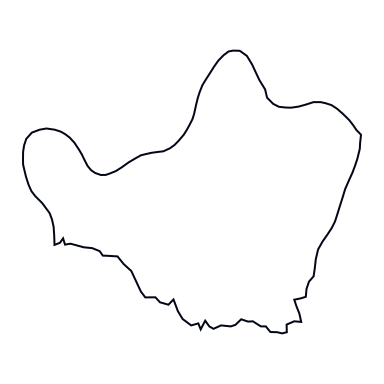 the district of Vicente Dutra, Rio Grande do Sul, Brazil
{"feature_id": "56859067B48112165270880", "entity_name": "Vicente Dutra", "entity_type": "district", "adm_level": 2, "iso_a3": "BRA", "parent_name": "Brazil", "parent_adm1": "Rio Grande do Sul", "projection": "natural_earth1", "projection_center": [-53.396, -27.166], "detail": "fine", "context": "isolated", "style": "outline", "palette": "ink", "viewbox_px": 384, "rotation_deg": 0, "n_neighbors": 0, "source": "geoboundaries", "source_scale": "gbopen_adm2", "svg_char_len": 1895}
<svg xmlns="http://www.w3.org/2000/svg" viewBox="0 0 384 384"><path d="M265.1,89.4L259.4,80.1L255.5,71.8L252.1,64.5L246.9,55.9L239.8,50.8L233.1,50.6L228.5,51.5L223.6,55.2L218.5,60.4L214.3,66.3L208.9,74.8L206.0,79.3L202.4,85.2L199.7,92.0L197.8,97.9L195.9,105.7L194.1,114.0L192.4,119.3L189.7,124.6L186.8,129.9L183.8,134.7L178.4,141.0L174.5,145.0L169.9,148.3L163.4,151.3L158.2,151.9L151.5,152.8L141.1,155.2L135.0,158.6L128.6,162.4L121.8,167.3L115.8,171.1L110.1,173.4L105.8,174.9L100.9,175.0L95.2,173.0L91.1,170.2L87.7,166.1L84.9,160.8L82.0,154.8L79.4,150.3L74.4,142.7L69.7,137.6L65.1,134.1L60.9,131.7L54.8,129.7L46.4,128.5L39.6,129.7L31.9,132.6L26.3,138.8L24.1,145.4L23.1,151.9L23.0,159.0L23.1,164.6L24.4,170.2L26.0,176.8L28.7,185.1L31.5,191.3L35.4,196.3L42.3,203.2L46.2,208.5L49.6,213.1L52.0,219.5L53.6,226.7L54.2,235.2L54.5,244.9L59.9,242.8L63.1,238.4L65.0,244.6L70.5,243.7L83.8,247.3L92.1,248.1L99.6,251.1L102.8,255.6L107.5,255.8L117.5,256.4L123.7,264.1L131.3,271.0L140.9,291.6L145.3,297.4L155.4,297.3L160.0,302.3L168.4,304.7L173.5,299.5L177.9,311.2L182.6,319.0L191.2,325.4L198.3,323.4L200.7,329.4L205.2,320.7L209.3,326.4L213.5,328.8L221.1,325.4L230.7,326.4L235.4,324.9L241.2,319.3L248.1,321.6L252.8,321.3L260.9,326.4L265.8,326.4L270.4,332.0L277.1,332.2L282.2,333.4L286.8,332.2L286.6,324.6L294.2,321.3L301.2,321.9L299.4,313.7L296.2,305.6L294.3,299.7L300.6,298.4L305.8,296.8L306.5,289.0L309.0,281.6L313.6,276.3L314.7,268.9L315.8,259.2L318.1,249.4L322.7,241.3L327.4,234.6L331.6,228.2L335.0,221.5L337.1,215.0L339.6,206.9L341.3,201.6L343.1,195.9L345.1,189.2L349.2,179.8L352.4,172.8L354.9,166.1L357.3,159.0L359.8,148.8L360.1,143.1L361.0,134.7L356.4,130.0L353.4,125.5L349.3,120.2L343.4,114.3L337.0,108.7L331.5,105.1L325.5,103.2L320.5,102.1L313.6,102.1L305.5,104.7L298.6,106.6L290.9,107.7L285.4,107.5L279.0,106.8L273.2,103.9L267.1,97.7L265.1,89.4Z" fill="none" stroke="#020617" stroke-width="2"/></svg>